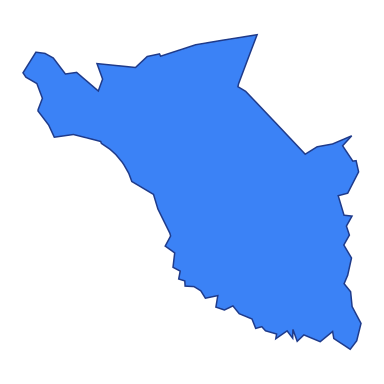 outline of Richland, South Carolina, United States of America
{"feature_id": "52423323B12098340912267", "entity_name": "Richland", "entity_type": "district", "adm_level": 2, "iso_a3": "USA", "parent_name": "United States of America", "parent_adm1": "South Carolina", "projection": "equal_earth", "projection_center": [-80.92, 34.006], "detail": "fine", "context": "isolated", "style": "filled", "palette": "blue", "viewbox_px": 384, "rotation_deg": 0, "n_neighbors": 0, "source": "geoboundaries", "source_scale": "gbopen_adm2", "svg_char_len": 1243}
<svg xmlns="http://www.w3.org/2000/svg" viewBox="0 0 384 384"><path d="M257.1,34.7L222.1,40.3L195.8,44.7L160.6,56.2L159.5,53.9L147.2,56.5L135.5,67.5L97.0,63.6L102.6,79.1L98.3,91.0L76.6,72.4L65.4,74.0L53.3,58.0L45.0,53.4L35.9,52.2L23.0,72.8L25.9,77.2L36.9,83.6L42.4,98.3L38.1,109.6L38.0,111.0L48.7,125.1L54.3,137.2L73.4,134.5L94.7,139.9L100.7,141.5L101.4,143.4L109.8,149.1L115.8,154.5L122.1,162.1L123.8,164.6L128.8,173.4L131.8,181.5L153.5,194.4L157.9,209.0L169.9,233.3L170.6,236.0L165.2,246.1L174.7,252.9L173.0,267.3L180.2,271.1L178.7,279.0L184.8,280.9L185.1,286.1L194.0,286.6L200.8,290.8L205.4,298.2L217.8,295.6L215.9,307.1L224.4,310.0L232.9,305.9L239.2,313.7L252.0,319.0L255.7,328.4L261.8,326.7L265.5,330.8L276.6,334.0L275.8,338.7L287.1,330.9L292.7,338.2L292.9,329.4L297.2,341.3L303.9,334.9L320.2,341.7L332.6,331.5L333.8,338.5L350.2,349.3L356.7,340.8L361.0,323.4L352.1,306.6L350.6,291.7L344.1,283.7L347.7,275.2L351.5,258.0L343.8,245.0L349.4,235.1L346.4,226.1L352.0,216.1L344.0,215.2L338.2,195.7L347.7,193.2L358.6,171.9L356.1,160.7L352.8,161.1L342.6,145.8L351.7,135.8L332.5,144.0L317.1,146.8L305.2,154.2L279.9,127.4L259.8,106.2L245.6,91.3L237.9,86.7L238.6,83.7L250.3,52.5L257.1,34.7Z" fill="#3b82f6" stroke="#1e3a8a" stroke-width="1.5"/></svg>